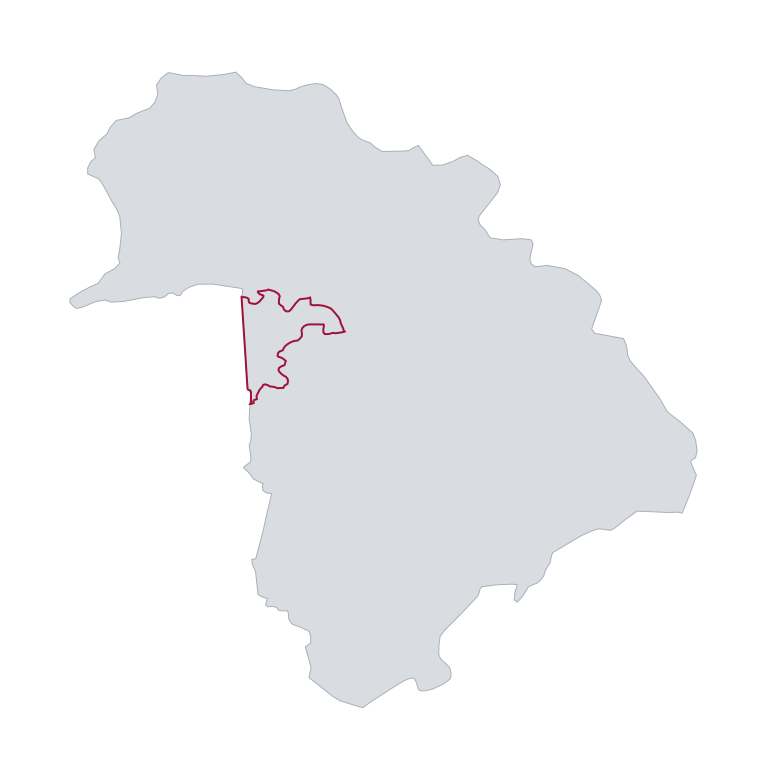 where Sissili sits in Burkina Faso, rotated 87°
{"feature_id": "BFA-2820", "entity_name": "Sissili", "entity_type": "Province", "adm_level": 1, "iso_a3": "BFA", "parent_name": "Burkina Faso", "parent_adm1": "", "projection": "equal_earth", "projection_center": [-2.182, 11.448], "detail": "fine", "context": "in_parent", "style": "outline", "palette": "rose", "viewbox_px": 768, "rotation_deg": 87, "n_neighbors": 0, "source": "natural_earth", "source_scale": "10m", "svg_char_len": 4967}
<svg xmlns="http://www.w3.org/2000/svg" viewBox="0 0 768 768"><g transform="rotate(87 384 384)"><path d="M585.5,520.9L564.5,522.1L556.8,525.1L552.2,525.1L552.1,522.6L551.5,521.1L525.0,512.6L506.5,507.5L487.6,501.9L486.6,507.2L483.9,510.6L479.8,510.8L477.0,510.0L475.1,514.0L472.0,519.4L467.7,522.0L463.4,525.3L461.0,528.2L459.3,528.2L454.9,521.4L449.2,520.7L438.5,521.9L433.7,520.0L427.2,519.1L411.7,520.5L386.9,517.7L382.8,519.2L381.8,520.5L357.2,520.8L330.2,521.1L307.7,521.4L287.9,521.7L287.9,520.5L281.5,520.4L280.8,522.7L275.2,550.0L274.6,564.9L277.5,574.2L280.9,580.0L284.6,582.5L285.0,585.8L282.0,590.1L282.3,594.5L285.8,599.0L286.6,603.8L284.8,608.8L285.3,620.8L287.9,639.9L288.0,652.2L285.5,657.9L286.6,667.5L291.5,681.2L292.4,687.0L290.6,689.6L286.6,693.2L282.5,693.1L277.7,684.8L275.6,681.1L271.8,672.7L268.5,664.3L264.1,660.6L259.7,657.2L254.4,646.5L249.3,641.4L243.9,642.9L236.0,640.9L220.1,638.3L203.0,639.1L195.9,641.5L188.9,645.4L171.1,653.9L164.1,658.2L158.8,668.9L152.7,668.6L146.7,665.2L142.9,660.3L134.8,661.4L127.0,656.7L119.5,647.4L113.9,644.4L106.8,637.6L104.9,624.8L100.4,615.9L96.3,603.4L90.2,597.8L83.1,594.8L73.3,595.5L66.9,590.5L61.8,583.2L63.2,576.9L65.5,567.9L65.8,559.3L67.4,545.3L66.5,527.8L64.8,515.5L70.2,510.5L76.5,505.9L80.4,497.6L84.5,479.0L86.2,462.9L85.0,457.0L83.0,452.3L81.3,445.3L80.4,436.9L81.6,429.5L86.3,422.6L92.3,416.9L96.5,414.2L107.6,411.4L121.6,407.1L129.6,402.3L135.5,397.5L138.8,393.7L142.1,385.8L147.5,379.8L151.7,373.7L152.3,356.7L152.3,347.0L149.2,341.7L147.6,337.1L168.2,323.8L168.4,314.4L165.5,304.0L161.5,295.5L160.1,288.3L165.8,279.7L170.9,273.3L174.5,267.8L182.7,259.5L191.1,257.4L198.7,260.5L221.2,280.1L225.1,281.3L229.8,279.8L235.7,274.7L243.5,270.6L246.3,257.5L246.1,238.2L247.8,229.4L251.9,227.8L264.8,231.5L268.2,231.7L272.0,230.5L274.7,227.1L274.6,220.9L274.0,215.4L278.2,197.5L286.0,184.1L301.5,167.4L306.4,164.0L312.0,162.3L339.9,173.8L344.4,170.9L351.2,142.4L358.8,139.7L367.8,139.2L373.7,136.8L376.8,134.8L390.0,124.0L413.3,109.2L425.9,102.9L428.4,100.5L437.3,90.1L449.2,78.1L456.8,75.7L467.3,74.8L474.0,76.8L475.8,80.2L478.0,81.9L491.6,76.8L511.3,84.9L528.4,92.9L527.3,98.0L527.2,106.9L525.8,121.0L524.2,138.0L531.3,149.0L539.7,160.8L542.0,165.4L539.8,177.0L541.4,183.8L545.9,195.2L553.5,209.6L561.3,224.5L566.7,226.5L571.9,227.6L575.0,230.3L579.5,232.9L584.1,234.6L588.0,237.8L590.6,241.0L593.9,250.2L602.7,256.3L608.8,262.2L606.4,265.3L598.7,264.1L591.5,261.4L590.6,265.8L590.4,282.7L591.6,296.7L593.3,298.6L600.5,301.2L617.8,319.4L633.5,336.6L638.7,341.1L647.4,342.8L657.0,343.5L661.2,341.9L670.5,333.2L675.4,332.3L680.0,332.5L682.5,333.9L687.0,341.0L691.3,351.7L692.6,359.6L692.2,363.9L690.8,365.5L683.1,367.5L679.8,369.1L679.0,371.5L680.2,376.8L681.7,380.2L690.2,395.7L702.4,416.5L706.2,421.9L704.1,428.1L698.0,444.4L693.5,451.2L673.2,474.3L663.2,471.6L642.2,476.3L639.1,471.0L634.2,470.3L628.1,471.2L625.9,473.2L625.3,475.5L623.1,478.7L619.3,487.8L616.3,490.2L612.6,491.6L608.0,491.4L605.3,492.6L605.3,497.1L604.5,501.1L601.4,503.0L600.2,507.5L600.4,511.8L598.6,513.8L594.7,512.7L592.3,511.5L590.1,517.1L587.4,521.0L585.5,520.9Z" fill="#d9dde1" stroke="#a8b0b8" stroke-width="1"/><path d="M396.9,518.7L396.1,518.2L395.1,517.7L384.8,517.3L383.4,517.9L382.8,519.8L381.8,520.5L369.2,520.7L351.3,520.9L333.0,521.1L313.3,521.4L297.4,521.6L289.8,521.7L289.8,520.6L289.9,519.3L290.3,517.5L291.0,515.8L292.1,514.7L294.8,514.7L295.9,514.1L296.5,512.5L297.0,510.4L297.3,508.1L296.3,505.7L294.8,503.7L290.9,500.0L289.4,499.8L287.6,503.8L286.6,504.4L285.7,505.2L284.9,505.0L284.9,502.8L284.3,496.3L283.6,494.6L284.0,493.6L285.4,489.3L286.6,487.2L288.6,484.6L290.8,483.5L293.0,484.2L295.4,484.6L298.3,484.7L300.2,482.7L301.8,480.7L303.9,480.2L305.3,479.2L306.4,477.5L306.4,475.1L304.9,473.1L298.4,467.6L296.1,465.2L294.9,463.6L294.5,456.5L294.1,454.1L293.8,453.3L295.5,453.0L300.8,453.1L301.7,450.5L301.8,445.1L302.6,440.7L304.0,436.8L305.5,433.6L307.5,431.5L315.1,425.8L318.0,424.5L320.7,424.1L326.4,421.9L328.5,421.4L329.6,420.5L330.3,424.1L330.8,429.9L330.4,431.3L330.3,433.1L331.1,435.7L331.2,438.2L331.0,440.6L329.2,441.8L325.8,441.7L322.8,440.9L321.4,441.2L320.6,454.0L320.7,457.4L321.8,460.4L323.8,462.6L325.9,463.6L329.8,463.3L332.0,463.6L333.6,464.9L335.1,466.7L336.1,468.0L336.1,468.6L336.2,470.0L336.7,473.1L338.0,476.2L339.6,478.9L341.2,480.9L342.8,482.2L344.7,483.1L345.7,484.9L346.1,486.8L347.4,488.0L349.0,488.6L350.4,488.8L351.2,488.1L352.2,485.5L353.3,483.6L355.8,480.9L359.7,482.2L360.3,483.2L360.7,485.0L361.5,486.5L362.9,488.3L365.0,488.6L366.5,487.7L367.8,486.6L370.1,484.2L371.7,481.5L373.9,480.0L375.4,479.8L376.6,479.8L378.8,480.4L379.6,481.9L380.1,483.1L382.7,484.8L382.6,486.0L382.6,490.5L381.8,492.1L380.9,495.1L380.5,497.9L379.3,499.8L378.1,502.6L378.6,504.7L380.7,505.9L382.2,507.6L383.5,508.7L384.7,509.3L385.8,510.1L389.3,511.9L392.4,511.7L392.8,512.8L393.1,514.4L394.4,515.4L396.0,515.0L396.9,517.2L396.9,518.7Z" fill="none" stroke="#9f1239" stroke-width="2"/></g></svg>